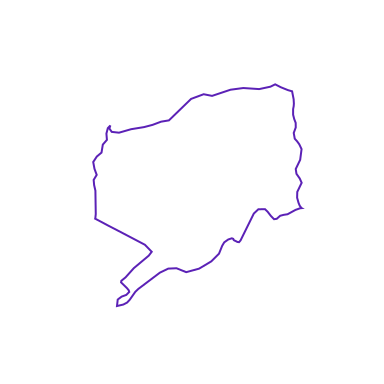 Yagha, Mercator projection, rotated 118°
{"feature_id": "BFA-2877", "entity_name": "Yagha", "entity_type": "Province", "adm_level": 1, "iso_a3": "BFA", "parent_name": "Burkina Faso", "parent_adm1": "", "projection": "mercator", "projection_center": [0.646, 13.4], "detail": "fine", "context": "isolated", "style": "outline", "palette": "violet", "viewbox_px": 384, "rotation_deg": 118, "n_neighbors": 0, "source": "natural_earth", "source_scale": "10m", "svg_char_len": 1466}
<svg xmlns="http://www.w3.org/2000/svg" viewBox="0 0 384 384"><g transform="rotate(118 192 192)"><path d="M154.8,87.7L155.7,89.0L159.2,92.2L166.8,97.2L169.1,100.3L171.6,103.0L175.9,104.6L177.5,106.8L176.1,111.1L173.9,116.0L172.9,119.5L176.1,125.3L182.0,127.3L211.9,126.4L214.2,126.9L214.8,128.5L214.8,130.4L214.9,131.8L214.8,132.6L214.0,133.6L214.2,135.1L216.9,137.7L221.3,139.9L225.3,140.1L233.8,139.2L244.2,142.4L256.4,149.8L265.5,159.5L266.6,169.9L270.8,177.0L278.3,182.5L302.8,193.9L306.8,195.2L316.4,196.4L320.1,197.4L323.6,199.8L327.9,204.7L321.8,207.1L317.4,205.0L313.7,201.7L309.7,200.5L308.5,201.7L307.4,204.3L305.1,212.2L303.6,212.7L298.6,210.6L286.5,207.6L268.5,200.3L263.7,199.5L260.7,208.8L260.8,228.4L261.0,250.2L261.0,264.9L260.9,264.9L256.7,266.6L236.2,277.9L231.8,281.7L227.5,284.5L221.6,284.2L217.3,289.0L211.9,293.3L205.4,292.7L199.7,290.4L192.0,293.0L185.9,291.6L180.6,295.0L175.1,296.3L171.6,295.3L174.7,294.8L176.6,291.1L173.9,284.3L165.1,275.2L157.2,264.8L151.2,258.3L144.4,252.3L139.6,246.0L110.2,236.5L100.2,227.6L97.7,219.4L83.6,206.0L76.1,195.5L69.6,181.0L62.2,172.2L57.9,169.1L57.8,162.7L57.0,155.1L56.1,150.9L62.4,145.8L66.2,143.5L68.5,142.5L71.4,141.6L76.3,139.0L79.6,136.0L82.3,132.9L86.3,130.7L92.1,129.9L96.7,126.3L97.9,123.0L99.5,119.7L102.7,115.4L112.8,111.6L123.0,111.2L126.9,108.3L129.5,103.2L132.4,99.5L142.5,99.1L147.7,96.5L151.5,92.9L153.5,90.5L154.8,87.8L154.8,87.7Z" fill="none" stroke="#5b21b6" stroke-width="2"/></g></svg>